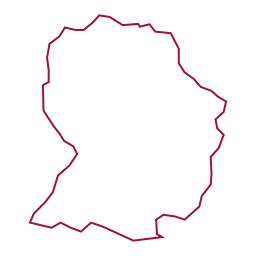 outline of Iksan-si, North Jeolla, South Korea
{"feature_id": "91817680B56582975498752", "entity_name": "Iksan-si", "entity_type": "district", "adm_level": 2, "iso_a3": "KOR", "parent_name": "South Korea", "parent_adm1": "North Jeolla", "projection": "orthographic", "projection_center": [126.986, 36.019], "detail": "fine", "context": "isolated", "style": "outline", "palette": "rose", "viewbox_px": 256, "rotation_deg": 0, "n_neighbors": 0, "source": "geoboundaries", "source_scale": "gbopen_adm2", "svg_char_len": 861}
<svg xmlns="http://www.w3.org/2000/svg" viewBox="0 0 256 256"><path d="M138.1,23.9L122.7,25.1L116.2,21.1L109.7,17.0L99.2,15.4L92.6,22.7L83.7,30.0L75.6,30.0L65.0,27.5L59.3,36.5L49.5,43.8L47.1,57.6L48.7,70.6L48.7,82.0L43.0,85.2L43.0,87.7L43.5,110.6L53.4,125.8L59.3,133.5L64.4,141.2L73.3,146.3L77.1,153.9L69.5,165.4L58.0,175.5L52.9,192.1L45.2,202.2L33.8,213.7L30.7,220.8L29.9,222.6L51.6,227.7L60.5,222.6L70.7,227.7L80.9,231.6L91.1,222.7L102.5,226.5L133.4,240.6L162.1,237.1L157.0,234.3L156.1,219.7L163.5,214.8L174.9,216.4L184.7,219.6L192.0,213.1L199.3,206.6L201.8,196.0L210.7,184.6L211.5,174.0L210.7,156.9L218.8,147.9L223.7,134.9L217.2,128.4L215.5,119.4L223.6,112.1L226.1,101.5L217.9,96.6L211.4,90.9L200.8,86.9L193.5,78.7L184.5,72.3L178.8,63.3L178.8,48.7L170.7,33.2L155.2,31.6L149.5,24.3L139.8,26.7L138.1,23.9Z" fill="none" stroke="#9f1239" stroke-width="2"/></svg>